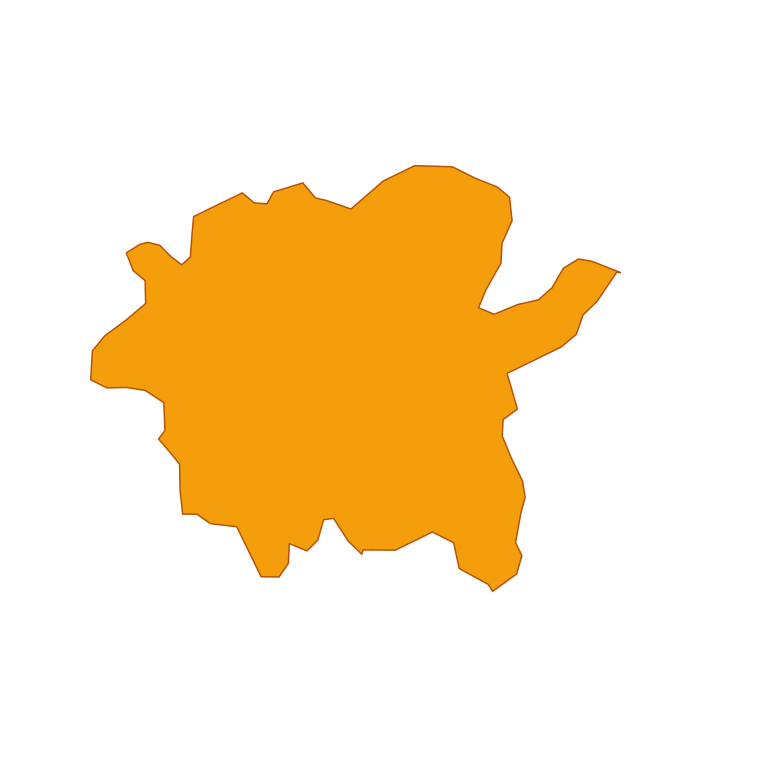 Imsil-gun, North Jeolla, South Korea (Albers equal-area conic projection), rotated 64°
{"feature_id": "91817680B86480113122364", "entity_name": "Imsil-gun", "entity_type": "district", "adm_level": 2, "iso_a3": "KOR", "parent_name": "South Korea", "parent_adm1": "North Jeolla", "projection": "albers", "projection_center": [127.248, 35.609], "detail": "fine", "context": "isolated", "style": "filled", "palette": "amber", "viewbox_px": 768, "rotation_deg": 64, "n_neighbors": 0, "source": "geoboundaries", "source_scale": "gbopen_adm2", "svg_char_len": 1334}
<svg xmlns="http://www.w3.org/2000/svg" viewBox="0 0 768 768"><g transform="rotate(64 384 384)"><path d="M618.0,377.2L612.9,348.0L598.6,335.3L584.3,335.3L560.4,317.9L547.7,306.8L531.8,302.0L506.3,302.0L482.5,300.5L468.2,292.5L465.0,275.1L428.4,268.7L428.4,230.6L428.4,208.4L423.6,189.3L409.3,175.0L403.0,156.0L396.6,144.9L385.5,125.8L387.9,122.2L364.9,143.3L356.9,154.4L358.5,171.9L371.2,190.9L376.0,208.4L371.2,229.0L369.6,254.5L356.9,265.6L344.2,251.3L326.7,225.9L309.3,216.3L293.4,197.3L271.2,189.3L256.9,195.6L239.4,211.5L218.7,227.4L201.2,260.7L201.2,295.7L212.2,337.0L193.1,356.1L186.8,364.0L167.7,368.8L162.9,399.0L170.8,410.1L164.4,421.2L150.1,427.6L150.1,441.9L150.0,462.6L150.0,481.7L165.9,491.3L185.0,502.4L188.2,513.6L175.4,519.9L161.1,524.7L153.1,534.2L151.5,542.2L153.1,558.1L172.2,559.7L186.5,553.4L207.2,563.0L213.6,588.5L218.3,613.9L226.3,631.5L251.7,645.8L266.1,634.7L274.1,617.2L285.2,601.3L304.3,590.1L329.8,601.3L334.6,610.8L352.1,606.1L366.5,602.9L390.4,614.0L412.7,622.0L419.0,609.2L433.4,601.3L445.3,582.7L447.7,578.9L471.6,578.9L503.4,578.9L511.4,563.0L503.4,548.6L485.9,539.1L500.2,526.4L495.4,512.0L479.5,497.7L482.7,488.2L509.7,485.0L527.2,478.6L524.0,475.4L538.3,446.7L538.3,427.6L538.2,405.4L557.3,391.0L582.8,397.3L609.8,378.2L618.0,377.2Z" fill="#f59e0b" stroke="#b45309" stroke-width="1.5"/></g></svg>